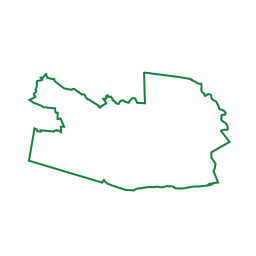 Sluis, Zeeland, Netherlands, rotated 192°
{"feature_id": "6326949B19414277691711", "entity_name": "Sluis", "entity_type": "district", "adm_level": 2, "iso_a3": "NLD", "parent_name": "Netherlands", "parent_adm1": "Zeeland", "projection": "robinson", "projection_center": [3.526, 51.325], "detail": "fine", "context": "isolated", "style": "outline", "palette": "green", "viewbox_px": 256, "rotation_deg": 192, "n_neighbors": 0, "source": "geoboundaries", "source_scale": "gbopen_adm2", "svg_char_len": 5275}
<svg xmlns="http://www.w3.org/2000/svg" viewBox="0 0 256 256"><g transform="rotate(192 128 128)"><path d="M218.1,75.4L141.9,69.2L140.7,73.0L140.7,71.5L138.4,70.3L136.9,69.3L133.9,69.0L131.4,68.4L130.0,68.4L128.0,68.1L126.4,67.9L124.6,67.5L123.1,67.7L121.7,67.3L120.0,67.2L118.1,67.0L116.2,67.1L114.3,67.5L112.4,67.6L111.5,68.1L110.6,67.9L109.6,67.9L109.2,68.5L108.6,69.1L107.8,69.5L107.2,70.1L106.4,70.6L105.4,71.0L104.0,71.5L102.6,71.8L100.7,72.7L98.7,73.4L97.5,74.0L96.2,74.1L94.4,74.9L92.7,74.9L91.0,75.6L89.3,75.8L87.6,76.6L84.8,76.8L83.8,76.9L81.7,77.4L79.6,78.3L77.6,79.5L75.5,79.4L73.1,80.1L70.5,79.7L69.8,79.0L68.8,79.0L66.9,79.1L66.0,79.3L64.7,79.7L63.7,79.7L62.8,79.9L59.4,81.1L58.1,81.8L56.5,82.4L54.8,83.2L52.5,84.0L50.6,84.6L48.7,85.1L46.7,85.5L45.0,86.1L40.9,87.4L39.6,87.9L39.3,87.8L38.4,88.3L38.0,89.1L36.8,88.9L36.9,89.9L35.3,89.6L35.5,90.7L33.7,90.6L33.7,91.6L32.0,92.2L28.5,93.4L35.4,103.6L34.7,106.9L34.9,111.1L40.3,116.4L41.4,121.6L25.8,135.5L36.5,144.6L36.8,144.5L37.2,144.5L36.0,145.0L34.9,145.7L33.9,146.2L33.5,146.3L32.3,146.6L31.5,146.6L31.2,146.6L30.6,146.9L30.3,147.2L30.3,147.3L30.2,147.6L30.3,148.2L30.4,149.0L30.6,149.3L30.6,149.5L31.2,150.5L31.4,150.7L32.7,152.3L33.6,153.0L33.8,153.1L34.7,153.5L35.3,153.7L35.8,153.8L36.7,154.4L37.3,154.6L37.7,154.7L38.1,155.0L38.3,155.2L38.6,155.6L38.7,155.9L38.8,156.1L38.8,156.5L38.7,156.9L38.6,157.2L38.5,157.5L38.5,157.8L38.6,158.1L38.7,158.5L38.8,158.7L39.2,159.0L39.3,159.2L39.3,159.3L39.3,159.5L39.2,159.8L38.8,160.3L38.7,160.4L38.3,160.6L38.0,160.7L37.6,160.9L37.3,160.9L36.8,160.9L36.4,161.0L36.2,161.1L35.7,161.6L35.6,161.9L35.6,162.2L35.6,162.5L35.7,162.8L35.8,163.1L36.5,163.8L36.8,164.1L37.2,164.5L37.5,164.6L37.9,164.8L38.2,164.9L38.6,164.9L39.1,165.0L39.4,165.2L40.5,165.4L41.1,165.4L41.6,165.3L41.9,165.4L42.3,165.5L42.9,165.9L43.1,166.2L43.2,166.4L43.3,166.8L43.4,167.2L43.4,167.3L45.8,170.3L45.7,170.4L46.7,171.6L47.2,172.1L47.8,172.4L48.6,172.7L50.0,173.0L50.7,173.2L51.2,173.4L51.6,173.7L52.2,174.2L52.4,174.4L52.6,174.8L52.8,175.1L53.1,176.0L53.2,176.5L53.4,176.8L53.4,177.1L53.5,177.2L53.7,177.5L54.1,177.7L54.5,177.9L55.0,177.9L55.4,177.9L56.0,177.9L56.4,177.7L57.0,177.5L57.3,177.2L57.6,176.8L57.8,176.4L58.4,175.9L59.0,175.5L59.3,175.5L59.5,175.5L59.8,175.7L60.0,176.1L60.1,176.5L60.1,176.9L60.1,177.0L60.5,177.4L60.9,177.6L61.6,177.7L61.8,177.8L62.1,178.0L62.6,178.3L63.2,179.0L63.8,179.4L63.9,179.5L64.0,179.7L64.2,180.6L64.3,181.4L64.5,182.2L64.5,182.6L64.5,183.1L64.9,184.7L65.1,185.0L65.3,185.5L65.5,186.1L65.5,186.3L65.6,186.5L68.5,186.0L70.4,186.7L70.6,186.7L70.6,186.8L73.9,187.7L74.1,187.8L75.4,188.1L75.5,188.1L75.4,188.4L75.4,188.5L77.0,188.9L77.7,189.0L77.8,188.9L84.6,188.7L84.8,188.6L87.7,188.5L92.9,188.1L93.9,188.0L96.2,187.9L98.7,187.7L99.1,187.6L103.1,187.3L104.3,187.2L105.0,187.2L109.5,186.8L113.2,186.4L113.3,186.4L116.0,186.2L118.2,186.1L119.6,185.9L123.5,185.6L123.8,185.4L123.7,185.0L122.0,178.1L120.9,173.4L120.6,172.2L120.6,171.9L120.3,170.9L120.2,170.7L119.4,167.1L119.3,166.8L117.8,160.6L116.5,155.7L117.8,155.5L124.4,154.6L127.0,158.4L129.6,158.3L129.8,158.1L130.7,157.1L131.4,155.8L132.0,155.1L132.6,152.8L136.3,152.9L137.1,153.5L137.8,153.8L138.4,154.0L139.2,154.0L139.3,153.9L139.8,153.8L140.0,153.4L140.2,153.1L141.1,152.8L142.1,149.7L143.7,149.4L145.8,150.3L145.9,150.8L146.0,150.9L149.1,152.2L149.1,152.3L148.9,152.9L150.1,154.1L151.3,154.7L151.3,154.9L151.5,155.1L152.5,154.5L153.2,154.6L153.6,154.5L153.8,154.8L153.9,155.1L154.5,155.8L154.8,155.9L156.0,154.5L155.3,153.1L155.7,152.0L157.5,151.8L158.3,151.5L156.7,150.0L156.0,149.3L155.7,149.3L154.4,147.6L157.1,145.2L159.5,142.1L160.6,142.5L160.0,143.2L172.7,147.9L172.8,147.9L173.7,148.1L173.8,148.0L173.9,148.3L174.2,148.5L176.1,149.4L176.1,149.5L176.4,150.6L177.6,151.7L180.2,151.2L182.8,152.4L183.1,152.5L183.4,152.9L183.9,152.9L184.1,152.9L188.5,154.9L188.6,155.0L188.9,155.1L190.3,154.6L190.6,154.3L191.0,153.6L196.5,153.5L197.1,153.4L197.6,153.5L198.9,153.5L200.9,154.5L201.2,154.6L203.9,155.9L207.6,157.7L209.6,158.7L210.3,160.6L211.1,160.4L212.0,160.2L213.0,160.1L216.6,160.4L217.2,160.5L218.9,162.7L219.1,163.2L219.2,163.6L219.3,163.7L219.4,163.8L219.6,163.8L219.7,163.5L222.0,159.0L222.9,159.5L223.9,159.0L222.0,157.3L223.8,156.0L224.2,156.0L224.9,155.9L225.1,155.9L226.6,154.9L226.8,154.7L226.9,154.3L226.8,154.0L226.2,151.9L225.9,149.4L225.9,148.7L226.1,147.4L226.5,146.3L226.5,146.2L226.4,146.0L226.3,145.9L225.7,145.5L225.5,145.4L225.4,144.9L225.4,144.6L225.4,144.2L225.5,144.0L227.1,142.2L227.2,141.9L227.2,141.6L227.1,141.3L227.0,141.1L225.1,139.2L230.2,134.9L228.5,134.2L225.3,133.0L224.8,132.9L220.7,132.3L220.5,132.2L216.9,131.6L216.3,131.4L215.8,131.1L215.4,130.8L215.1,130.7L214.4,130.8L213.9,131.0L211.2,131.2L205.0,131.8L204.8,131.9L204.6,131.9L203.5,132.0L202.1,128.0L199.9,128.3L198.8,122.1L198.5,122.0L198.4,122.1L196.1,123.3L195.3,122.3L190.8,116.0L193.9,115.3L192.6,110.0L192.9,110.1L193.1,110.2L193.5,110.5L193.9,110.7L194.2,110.8L195.7,111.0L196.2,111.2L196.6,111.2L196.9,111.1L197.1,110.6L197.3,110.5L197.5,110.5L197.8,110.6L198.2,110.5L198.5,110.5L199.4,110.1L199.4,109.9L199.6,109.3L199.6,109.2L213.1,107.5L213.1,107.4L212.8,106.2L213.6,106.2L216.0,106.0L217.1,107.6L219.4,108.2L219.0,100.0L218.1,75.4Z" fill="none" stroke="#15803d" stroke-width="2"/></g></svg>